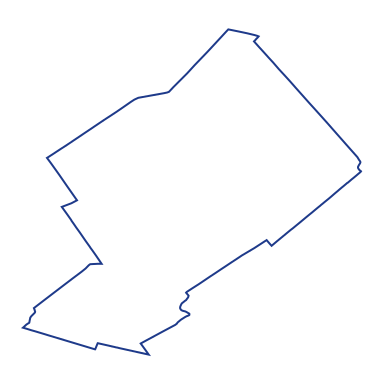 the district of Petresti, Satu Mare, Romania
{"feature_id": "2599482B2031241527565", "entity_name": "Petresti", "entity_type": "district", "adm_level": 2, "iso_a3": "ROU", "parent_name": "Romania", "parent_adm1": "Satu Mare", "projection": "equal_earth", "projection_center": [22.375, 47.595], "detail": "fine", "context": "isolated", "style": "outline", "palette": "blue", "viewbox_px": 384, "rotation_deg": 0, "n_neighbors": 0, "source": "geoboundaries", "source_scale": "gbopen_adm2", "svg_char_len": 2955}
<svg xmlns="http://www.w3.org/2000/svg" viewBox="0 0 384 384"><path d="M198.6,284.3L210.3,276.4L215.5,273.0L220.7,269.5L225.1,266.6L232.0,262.0L239.6,257.0L241.8,255.5L254.3,248.1L266.6,240.1L269.7,243.7L271.6,245.8L276.9,241.3L290.7,229.9L292.7,228.4L303.0,219.9L306.1,217.3L310.0,214.1L312.0,212.5L314.6,210.3L317.0,208.3L318.7,206.9L320.1,205.8L321.2,204.8L322.6,203.7L324.5,202.1L326.6,200.4L328.7,198.7L331.3,196.5L333.7,194.4L335.8,192.6L337.5,191.2L339.2,189.7L341.1,188.1L341.8,187.5L343.3,186.3L345.9,184.1L347.3,182.9L347.8,182.7L348.7,181.9L349.2,181.5L351.5,179.5L353.5,177.9L354.7,176.9L356.4,175.5L358.0,174.1L359.1,173.2L359.8,172.6L360.6,171.9L360.7,171.7L361.0,171.3L360.7,171.0L359.6,170.2L358.9,169.4L358.6,168.9L358.2,168.3L358.0,167.6L358.0,167.0L358.2,166.5L358.7,165.5L359.2,164.6L359.9,163.6L360.3,162.7L360.4,162.3L360.3,161.7L359.9,161.0L359.2,160.1L358.8,159.5L358.3,158.6L357.9,158.0L357.6,157.4L357.0,156.7L346.1,144.4L337.2,134.3L327.1,122.8L318.4,113.1L308.9,102.6L300.8,93.5L295.9,88.0L290.1,81.4L285.1,75.9L278.9,69.2L273.3,62.7L268.7,57.7L264.3,52.8L259.1,47.1L254.0,41.4L255.1,40.3L256.3,38.9L257.7,37.5L258.6,36.4L257.4,35.9L254.7,35.1L247.2,33.3L238.2,31.4L230.8,29.9L228.3,29.4L226.1,31.7L221.6,36.6L216.5,42.1L207.4,51.9L194.5,65.3L187.2,73.3L177.9,82.6L173.6,86.9L169.0,91.8L167.2,92.5L163.9,93.2L138.3,97.8L134.4,99.6L131.0,101.8L116.4,111.9L104.3,119.8L82.9,134.2L66.7,145.1L60.8,148.9L48.6,156.9L47.0,157.9L47.9,159.1L51.3,163.7L59.3,174.9L67.1,186.2L74.4,196.6L75.3,197.9L77.0,200.3L73.6,202.1L71.3,203.3L66.3,205.2L61.8,206.9L67.3,214.5L71.1,219.9L71.5,220.7L75.0,225.7L76.0,227.2L79.9,232.6L85.6,240.9L89.9,246.9L90.3,247.6L91.1,248.7L92.3,250.3L96.1,255.7L101.6,263.8L97.8,263.8L90.2,264.2L88.8,265.2L85.6,268.5L81.5,271.8L72.3,278.7L66.0,283.5L53.3,293.2L43.9,300.4L33.9,308.1L34.6,309.8L34.8,310.8L35.1,311.4L35.1,311.9L34.9,312.5L34.5,313.0L33.2,314.3L31.3,316.2L30.3,317.6L29.7,320.4L29.3,322.6L29.2,322.8L28.2,323.4L26.5,324.5L25.7,325.2L23.8,327.0L23.0,327.7L27.4,329.0L31.2,330.2L35.1,331.3L45.1,334.3L48.0,335.2L81.6,345.3L94.9,349.3L95.2,349.3L96.7,345.6L97.7,343.2L97.9,343.2L98.7,343.4L101.8,344.1L109.4,345.8L109.7,345.9L112.0,346.4L112.1,346.5L112.3,346.5L114.2,346.9L116.1,347.4L116.8,347.5L117.0,347.5L119.3,348.1L148.7,354.6L145.2,349.7L141.3,344.3L140.7,343.5L145.8,340.7L163.4,331.2L175.4,324.8L176.8,323.6L177.0,323.5L177.1,323.2L177.3,322.9L177.7,322.4L180.8,319.8L182.0,319.0L183.6,318.0L184.5,317.4L186.6,316.2L187.3,316.0L188.9,315.3L189.3,315.0L189.4,314.6L189.4,314.2L189.4,313.9L189.2,313.6L188.8,313.4L187.8,312.8L186.8,312.2L185.5,311.5L184.4,311.2L182.8,310.8L182.3,310.6L181.5,310.2L181.1,309.9L180.7,309.3L180.2,308.6L180.1,307.5L180.3,306.5L180.8,305.3L181.7,303.5L181.9,303.3L183.8,301.8L185.0,300.8L186.1,300.1L187.0,298.8L188.1,297.4L188.6,295.7L188.4,295.4L186.1,292.7L186.8,291.9L191.7,288.7L196.7,285.5L198.6,284.3Z" fill="none" stroke="#1e3a8a" stroke-width="2"/></svg>